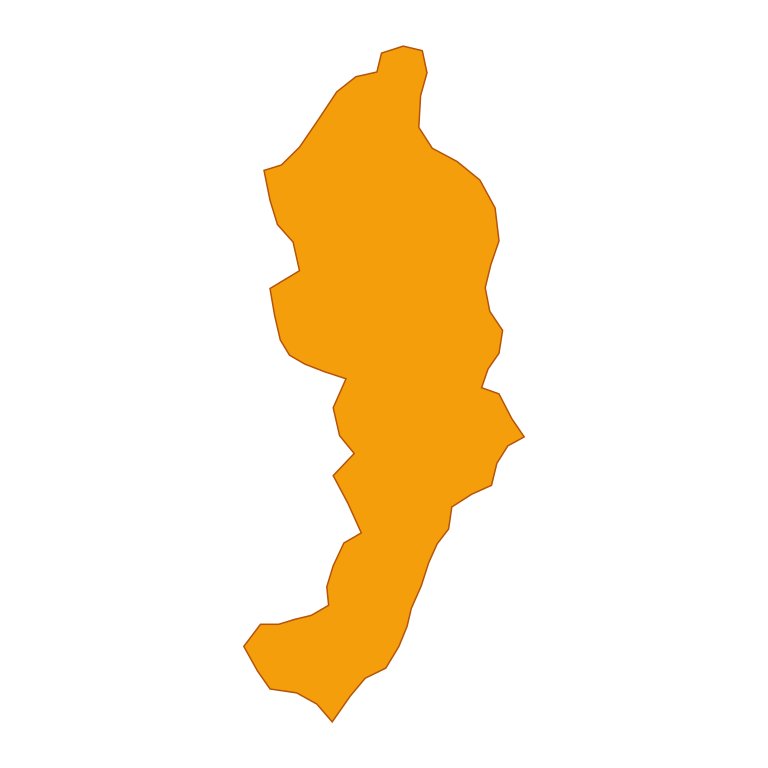 Ferraz de Vasconcelos, São Paulo, Brazil
{"feature_id": "56859067B93049901488848", "entity_name": "Ferraz de Vasconcelos", "entity_type": "district", "adm_level": 2, "iso_a3": "BRA", "parent_name": "Brazil", "parent_adm1": "São Paulo", "projection": "orthographic", "projection_center": [-46.375, -23.565], "detail": "fine", "context": "isolated", "style": "filled", "palette": "amber", "viewbox_px": 768, "rotation_deg": 0, "n_neighbors": 0, "source": "geoboundaries", "source_scale": "gbopen_adm2", "svg_char_len": 1023}
<svg xmlns="http://www.w3.org/2000/svg" viewBox="0 0 768 768"><path d="M422.3,50.7L403.2,46.1L381.5,53.1L376.9,72.0L355.9,76.7L336.8,91.8L318.3,119.7L299.5,147.2L281.4,165.0L264.0,170.4L270.0,200.2L277.5,224.6L293.1,242.1L299.5,270.7L270.0,288.5L274.6,315.3L280.3,340.0L289.5,355.2L304.8,364.1L324.7,371.8L346.0,378.8L333.2,407.8L339.6,435.7L354.2,453.5L333.2,475.6L347.8,503.1L361.3,532.9L343.9,543.0L333.2,565.8L326.8,586.8L328.6,605.3L311.2,615.4L294.9,619.3L278.6,624.3L260.5,624.3L243.8,646.4L257.6,671.2L270.1,689.0L296.7,692.9L316.9,704.1L332.2,721.9L350.3,696.0L365.2,678.2L385.8,668.1L398.9,646.4L407.1,626.3L411.3,608.4L421.2,586.0L428.7,562.7L437.2,543.8L448.6,529.0L451.8,507.0L471.7,494.2L491.5,485.3L496.9,463.2L507.9,445.8L524.2,436.9L511.8,418.7L499.0,393.9L481.6,387.7L488.0,369.1L499.0,353.2L502.6,330.4L489.8,311.4L485.2,287.8L490.9,264.5L499.0,240.9L495.1,208.0L479.9,180.1L457.1,161.5L432.3,148.3L418.8,127.4L420.6,95.7L427.0,72.8L422.3,50.7Z" fill="#f59e0b" stroke="#b45309" stroke-width="1.5"/></svg>